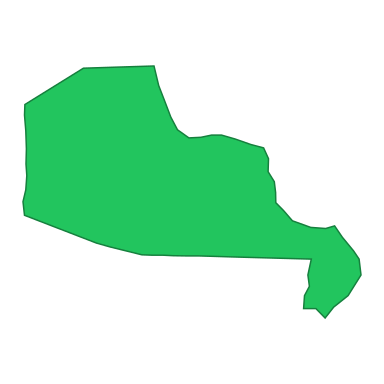 the district of Carmópolis, Sergipe, Brazil
{"feature_id": "56859067B72449738877040", "entity_name": "Carmópolis", "entity_type": "district", "adm_level": 2, "iso_a3": "BRA", "parent_name": "Brazil", "parent_adm1": "Sergipe", "projection": "robinson", "projection_center": [-36.951, -10.667], "detail": "fine", "context": "isolated", "style": "filled", "palette": "green", "viewbox_px": 384, "rotation_deg": 0, "n_neighbors": 0, "source": "geoboundaries", "source_scale": "gbopen_adm2", "svg_char_len": 801}
<svg xmlns="http://www.w3.org/2000/svg" viewBox="0 0 384 384"><path d="M292.4,220.8L283.4,210.4L275.8,202.7L275.6,192.5L274.3,181.7L268.1,171.7L268.5,158.7L263.6,147.9L250.8,144.5L235.1,139.0L221.6,135.1L211.5,135.1L200.9,137.3L188.9,137.9L177.5,129.8L170.8,117.1L164.4,100.3L158.7,85.6L154.0,66.0L117.9,67.1L83.4,68.2L24.9,104.5L24.5,115.1L25.8,130.9L26.4,148.9L26.0,164.0L26.8,175.7L25.8,189.8L23.0,201.7L24.5,215.3L96.5,243.1L110.3,247.0L141.8,254.8L152.5,255.2L163.1,255.2L173.2,255.7L186.1,255.9L198.1,255.9L212.1,256.3L231.5,256.9L311.3,259.1L307.9,275.0L309.4,286.3L304.5,295.6L303.6,308.6L315.9,308.6L325.1,318.0L333.7,307.1L348.1,295.6L361.0,275.0L359.1,259.1L353.5,250.8L342.3,237.2L334.6,225.9L325.7,228.5L310.7,227.4L292.4,220.8Z" fill="#22c55e" stroke="#15803d" stroke-width="1.5"/></svg>